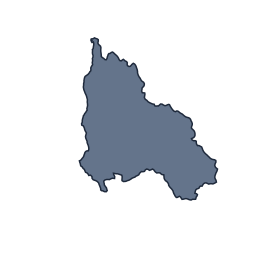 outline of Rubim, Minas Gerais, Brazil, rotated 330°
{"feature_id": "56859067B36353368141543", "entity_name": "Rubim", "entity_type": "district", "adm_level": 2, "iso_a3": "BRA", "parent_name": "Brazil", "parent_adm1": "Minas Gerais", "projection": "mercator", "projection_center": [-40.494, -16.442], "detail": "fine", "context": "isolated", "style": "filled", "palette": "slate", "viewbox_px": 256, "rotation_deg": 330, "n_neighbors": 0, "source": "geoboundaries", "source_scale": "gbopen_adm2", "svg_char_len": 4908}
<svg xmlns="http://www.w3.org/2000/svg" viewBox="0 0 256 256"><g transform="rotate(330 128 128)"><path d="M69.5,132.1L69.1,133.5L68.8,135.2L68.3,136.4L68.2,137.5L68.9,138.8L68.9,140.6L69.5,142.0L69.3,143.4L69.1,145.1L70.1,146.5L70.4,147.9L70.3,149.5L72.0,150.1L72.5,152.0L71.7,153.7L72.0,155.4L72.8,156.4L73.6,157.3L74.3,158.3L74.8,159.5L75.1,161.1L74.7,162.6L74.6,163.8L74.4,164.9L74.1,166.7L73.4,168.0L73.8,169.1L74.9,169.9L75.7,171.3L77.3,172.3L78.7,171.8L79.0,170.5L79.4,169.1L79.2,167.3L79.0,165.6L79.6,164.3L79.9,163.1L80.4,161.9L82.2,161.5L83.7,161.9L85.0,162.6L86.1,163.4L87.4,163.4L89.4,163.7L91.1,165.0L92.2,163.5L92.3,162.0L92.4,160.9L92.8,159.9L93.7,160.7L94.8,161.7L95.8,162.2L96.8,163.2L98.0,164.6L99.0,165.7L98.6,167.3L97.8,168.5L97.1,169.5L96.5,170.6L97.3,172.1L99.4,173.1L101.2,173.3L102.7,173.7L104.0,173.7L105.1,173.7L106.3,173.5L108.0,173.7L109.5,174.0L110.8,173.7L112.4,173.9L114.0,173.9L115.3,173.0L116.7,172.7L117.8,172.4L119.0,173.3L120.6,173.8L122.1,172.9L123.7,172.9L124.8,174.0L125.4,175.4L127.1,175.7L128.7,175.8L129.4,177.0L129.5,178.5L129.7,179.7L130.4,181.3L131.8,181.9L133.2,182.8L133.7,184.4L134.2,185.4L135.6,186.4L134.9,188.0L134.2,189.5L134.0,190.7L134.1,192.4L134.8,193.7L135.1,195.3L135.1,196.7L134.6,197.9L134.6,199.6L135.0,201.5L135.4,203.2L135.5,204.9L135.1,206.5L134.9,207.8L134.9,209.1L134.8,210.5L135.1,212.3L136.1,212.8L137.2,212.8L138.3,212.8L139.0,214.0L139.0,215.6L139.1,216.8L140.3,217.3L141.4,217.6L142.7,218.0L143.5,218.6L144.4,219.6L145.2,220.7L146.6,221.9L148.3,222.0L149.6,222.8L150.9,223.5L151.8,222.7L152.5,221.9L153.6,221.5L154.8,220.5L154.5,219.2L153.3,217.9L154.7,216.4L155.9,215.4L157.0,215.2L158.3,215.5L159.4,215.6L160.4,214.9L161.5,214.5L163.2,215.4L164.7,214.4L165.9,214.0L167.3,214.1L168.3,214.7L169.2,215.9L169.9,217.0L171.3,217.3L172.6,218.1L173.6,218.9L175.5,219.1L177.5,219.1L178.1,217.2L178.1,215.5L178.5,214.1L179.5,212.8L180.7,211.8L181.6,211.0L182.6,210.4L183.6,209.7L185.0,208.3L184.4,206.7L184.1,205.6L184.4,203.8L185.6,202.5L187.1,201.5L187.8,200.0L187.0,198.7L185.9,197.8L184.9,196.8L184.1,195.3L183.8,194.0L183.3,192.4L182.9,190.8L182.3,189.2L181.9,187.7L181.7,186.1L181.8,184.2L182.1,182.8L182.3,181.3L181.4,179.8L180.6,178.6L179.4,178.0L179.3,176.3L179.8,174.8L180.5,173.6L179.9,172.6L178.4,171.8L177.5,170.2L177.7,168.9L178.9,169.1L180.3,169.1L181.5,168.6L182.3,167.9L183.2,166.4L183.7,164.9L183.8,163.3L183.5,162.2L183.1,161.0L182.9,159.8L183.5,158.9L184.3,158.1L185.2,157.4L185.9,156.2L186.2,154.7L186.2,153.3L186.5,151.7L186.2,150.3L185.5,149.3L184.4,148.2L183.4,147.0L182.6,145.1L182.0,143.1L181.2,141.9L180.4,140.4L180.1,139.3L179.6,138.3L178.7,137.6L177.3,137.6L176.3,136.5L175.8,134.7L175.6,133.1L175.5,131.5L175.5,129.9L175.6,128.5L174.8,127.8L173.4,127.6L171.9,127.5L170.9,126.9L170.1,125.7L169.5,124.4L168.2,123.5L166.5,123.9L165.3,124.1L164.4,123.5L163.1,123.0L162.2,122.0L162.6,120.6L161.1,119.3L160.1,117.9L159.4,116.9L158.5,115.3L158.1,113.3L157.3,111.8L157.4,109.8L158.6,108.4L159.6,107.1L160.0,106.0L159.0,105.3L158.0,104.6L158.3,102.8L159.3,101.7L160.1,100.5L161.1,100.1L162.4,99.8L163.6,98.9L164.3,97.8L164.4,96.3L163.7,94.8L163.3,93.8L163.3,92.3L163.4,90.8L163.2,89.6L163.2,88.4L163.4,86.6L163.8,85.1L164.6,83.6L165.2,81.8L165.5,80.0L165.8,78.7L165.9,77.4L165.7,75.9L164.9,74.6L163.1,74.9L161.8,75.4L160.8,75.7L159.6,75.2L158.7,73.7L159.2,72.2L160.0,71.2L160.0,69.8L159.0,68.4L158.7,67.3L158.3,66.2L157.1,66.2L155.9,66.5L154.8,65.8L154.5,64.5L154.7,62.4L154.6,60.6L154.1,58.8L153.5,57.1L153.1,55.6L152.6,54.5L151.3,54.2L149.8,54.5L148.7,54.0L147.6,54.4L146.7,55.3L145.6,56.1L144.6,57.3L143.2,58.0L142.2,57.2L141.8,55.6L141.1,54.3L140.6,52.8L141.4,51.3L142.1,49.6L142.8,47.9L143.6,46.5L144.7,44.9L145.1,43.4L144.7,42.1L144.3,41.0L144.3,39.7L144.9,38.7L145.7,37.9L146.4,36.6L145.8,35.3L144.8,34.3L144.1,33.2L142.3,33.2L140.7,32.5L139.8,33.3L140.5,34.2L139.5,34.8L139.6,36.0L141.0,36.2L140.6,37.7L139.8,39.0L138.9,40.0L138.2,40.9L137.6,41.8L136.4,42.2L135.9,43.4L135.0,44.7L134.3,46.1L134.0,47.7L133.1,49.1L131.8,50.1L131.4,51.3L130.8,52.3L129.7,53.5L129.0,55.5L127.7,56.1L126.7,56.7L125.8,57.4L125.0,59.0L124.3,59.9L123.1,60.2L121.8,61.0L120.0,61.6L118.4,61.7L116.6,61.9L115.4,62.8L114.6,63.7L113.6,64.9L112.9,66.2L111.8,67.3L111.0,68.7L109.8,70.2L109.4,71.3L108.9,72.8L108.6,74.9L108.3,76.6L108.2,78.4L107.9,80.0L107.4,81.8L107.1,83.0L106.4,84.1L105.7,85.1L105.1,86.6L104.2,88.4L103.2,89.5L102.1,90.6L101.5,92.2L100.4,92.6L99.1,93.4L97.6,93.9L96.8,94.6L95.6,95.0L94.5,96.2L93.1,97.5L92.1,98.7L91.3,100.1L89.9,101.1L89.4,102.5L90.4,103.8L90.2,106.1L89.7,107.7L89.5,109.1L89.5,110.2L89.5,111.5L88.3,112.7L87.0,114.0L86.4,115.5L86.1,117.7L85.9,119.2L85.3,120.2L85.1,121.3L84.9,122.9L84.5,124.5L84.0,125.8L83.4,126.8L82.3,127.9L81.0,127.3L79.9,127.2L78.6,127.6L77.7,128.4L76.6,129.3L75.3,130.5L74.1,131.1L73.1,131.4L72.0,131.9L70.7,132.3L69.5,132.1Z" fill="#64748b" stroke="#1e293b" stroke-width="1.5"/></g></svg>